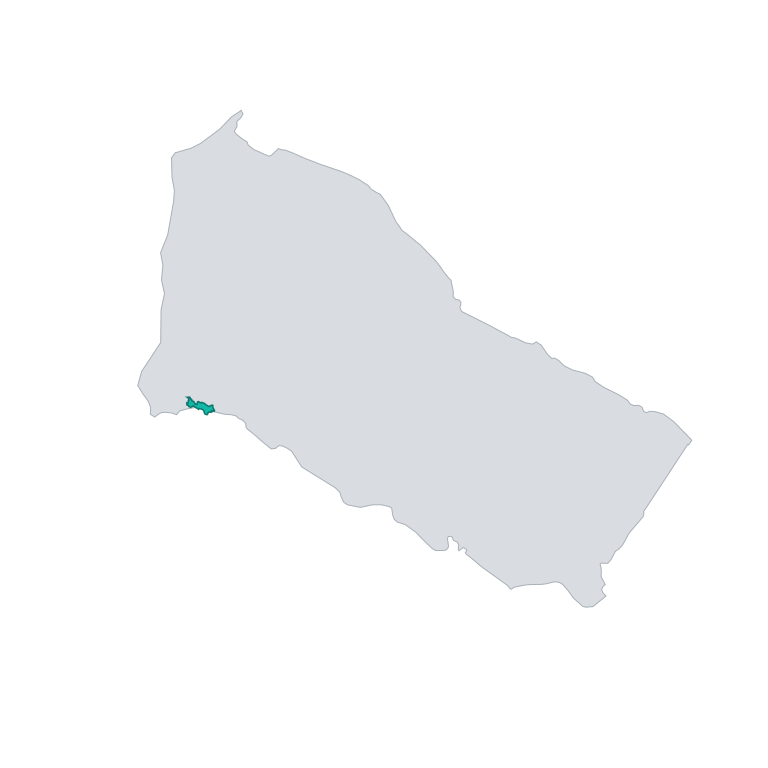 Agotime Ziope, Volta, Ghana shown in context, rotated 124°
{"feature_id": "2480657B11620193732867", "entity_name": "Agotime Ziope", "entity_type": "district", "adm_level": 2, "iso_a3": "GHA", "parent_name": "Ghana", "parent_adm1": "Volta", "projection": "equal_earth", "projection_center": [0.664, 6.472], "detail": "fine", "context": "in_parent", "style": "filled", "palette": "teal", "viewbox_px": 768, "rotation_deg": 124, "n_neighbors": 0, "source": "geoboundaries", "source_scale": "gbopen_adm2", "svg_char_len": 5977}
<svg xmlns="http://www.w3.org/2000/svg" viewBox="0 0 768 768"><g transform="rotate(124 384 384)"><path d="M451.7,86.3L456.2,91.9L457.2,95.2L455.5,107.4L452.3,115.9L450.2,123.9L450.5,127.9L452.5,131.9L459.3,138.2L462.7,142.2L466.9,148.4L471.6,154.5L479.7,162.4L483.1,163.8L483.0,166.0L481.9,169.0L481.1,198.4L480.5,205.9L479.9,209.8L479.1,220.7L478.3,222.3L476.7,222.2L475.3,222.6L475.0,224.8L475.5,227.0L480.4,228.6L479.4,230.3L475.7,231.8L474.0,235.1L474.8,238.8L472.8,241.9L473.3,243.9L474.6,245.4L476.7,244.9L482.4,239.8L484.8,239.2L487.8,240.3L493.2,248.0L493.5,251.8L491.2,264.7L489.1,274.7L488.7,288.0L491.0,295.5L490.6,299.6L488.1,303.2L482.5,308.3L482.9,311.8L485.5,318.4L490.3,325.7L499.6,334.7L504.5,346.5L504.6,351.3L501.7,356.1L498.4,360.2L497.3,366.3L498.8,405.7L491.4,422.9L491.3,427.8L492.1,433.4L494.0,436.9L497.8,437.8L500.9,441.1L499.8,453.2L498.2,465.5L497.9,471.4L497.0,474.2L494.1,476.5L493.0,480.4L493.8,485.2L493.2,488.7L494.8,493.3L498.1,499.0L503.5,513.2L505.6,514.3L506.5,517.3L506.0,520.2L508.1,526.4L514.1,532.7L520.4,538.2L525.5,538.9L526.7,543.8L530.1,550.1L532.5,552.8L536.4,554.6L539.6,555.5L539.7,560.8L534.0,564.4L530.1,569.8L527.1,578.1L523.0,587.3L508.9,592.0L503.5,592.0L474.5,592.3L447.3,610.2L431.7,616.6L422.1,626.7L409.1,633.8L400.1,642.6L381.3,646.7L350.5,660.4L340.9,665.9L331.1,675.4L315.3,686.6L309.1,686.4L296.7,676.0L287.3,670.7L264.6,662.7L247.5,659.7L239.3,656.2L237.0,655.6L239.0,651.9L243.7,651.6L248.7,652.8L252.5,649.9L258.1,649.5L259.5,646.6L260.0,639.0L259.9,632.9L261.9,630.2L262.4,623.0L259.7,607.2L257.8,605.4L247.8,603.1L247.1,599.9L245.3,596.6L243.4,588.4L241.3,576.3L237.9,561.2L231.2,536.3L229.6,527.5L228.5,518.6L228.3,507.9L229.7,503.9L229.5,498.3L228.9,492.9L233.6,480.2L242.9,464.7L244.8,459.1L246.6,455.2L246.8,449.7L248.5,431.6L253.0,409.8L255.8,401.6L257.7,397.1L259.9,389.9L260.5,386.5L269.0,377.9L272.9,375.6L273.8,372.3L272.5,368.6L273.1,366.1L275.1,364.8L278.2,363.8L280.5,360.3L277.0,333.5L274.2,306.7L274.1,304.4L272.4,300.7L270.7,289.7L267.9,283.2L263.9,281.3L263.9,275.3L268.0,265.0L269.0,258.9L267.1,257.1L266.8,252.4L268.2,244.9L267.6,240.2L266.9,235.2L262.7,223.5L261.7,215.2L263.9,210.4L263.9,199.8L261.7,183.5L261.3,173.1L262.9,168.8L262.2,164.8L259.2,160.9L259.0,157.1L261.5,153.4L261.2,150.6L258.0,148.5L255.2,143.4L252.6,135.5L253.2,122.7L258.1,99.2L258.7,97.3L264.2,97.4L264.2,98.4L281.2,98.2L300.5,97.9L323.7,97.6L344.7,97.4L345.7,96.3L349.1,95.0L370.4,97.4L383.7,96.2L389.3,97.0L393.4,98.6L402.6,97.6L407.5,98.2L411.2,104.0L412.7,104.0L414.8,101.5L418.4,98.7L422.2,96.4L424.8,91.8L426.5,88.4L428.9,89.1L432.4,88.9L434.7,85.9L435.6,81.4L451.7,86.3Z" fill="#d9dde1" stroke="#a8b0b8" stroke-width="1"/><path d="M508.9,526.8L508.6,525.9L508.7,523.5L507.7,523.4L507.1,522.0L507.0,521.7L506.9,521.3L506.8,520.8L506.7,519.3L506.8,518.6L508.4,516.7L508.7,516.3L508.9,516.0L508.9,515.4L508.9,515.0L508.8,514.6L508.4,513.5L507.7,513.4L507.1,513.4L506.3,513.9L505.3,513.6L504.9,513.2L504.7,512.8L504.8,512.7L504.7,512.4L504.4,512.1L504.2,511.8L503.9,511.5L503.7,511.4L503.6,511.2L503.4,511.4L503.4,511.6L503.3,511.8L503.2,511.7L503.2,511.8L503.1,512.0L502.7,511.9L502.7,511.7L502.4,511.7L502.4,511.4L502.2,511.4L502.1,511.2L502.2,510.9L502.1,510.7L501.9,510.6L501.9,510.4L501.9,510.2L501.7,510.1L501.7,509.9L501.6,509.7L501.5,509.4L501.4,509.4L501.3,509.5L501.2,509.6L500.9,509.6L500.7,509.7L500.6,509.8L500.5,510.0L500.4,510.2L500.4,510.3L500.4,510.5L500.3,510.8L500.2,510.9L500.1,511.0L500.0,511.3L499.9,511.4L499.8,511.6L499.7,511.7L499.6,511.8L499.5,512.0L499.4,512.4L499.3,512.5L499.2,512.7L499.1,512.8L498.9,513.0L498.6,513.3L498.4,513.4L498.2,513.4L498.1,513.5L497.9,513.6L497.7,513.7L497.6,513.9L497.6,514.0L497.4,514.1L497.4,514.3L497.5,514.5L497.7,514.8L498.0,515.0L498.8,515.5L499.3,515.9L499.5,515.9L499.6,516.0L500.4,516.7L500.5,516.6L500.6,516.8L500.6,517.1L500.7,517.5L500.7,517.8L500.7,518.2L500.8,518.3L500.7,518.6L500.7,519.1L500.7,519.4L500.8,519.6L500.8,519.8L500.8,520.0L500.6,520.5L500.7,521.1L500.6,521.8L500.6,522.1L500.5,522.4L500.6,522.5L500.6,522.9L500.7,523.2L500.9,523.5L501.0,523.6L501.0,523.8L501.1,524.4L501.2,524.7L501.2,524.9L501.3,524.9L501.5,525.1L501.8,525.2L502.0,525.2L502.0,525.4L502.1,525.5L502.2,525.8L502.2,526.0L502.3,526.1L502.3,526.3L502.3,526.6L502.2,527.6L502.3,527.7L502.3,527.8L502.5,527.8L502.6,528.0L502.8,528.0L502.9,528.4L502.9,528.5L503.0,528.6L503.3,528.4L503.6,528.4L503.9,528.2L504.1,528.2L504.6,527.9L504.9,527.7L505.0,527.6L505.4,527.6L505.5,527.7L505.6,527.8L505.8,528.0L506.0,528.3L506.0,528.9L506.1,529.0L506.2,529.3L505.8,529.4L505.7,530.6L505.8,530.9L505.6,531.1L505.3,531.3L504.9,531.7L505.0,532.0L505.0,532.3L505.0,532.5L505.0,532.8L505.1,533.0L505.2,533.3L505.3,533.5L505.3,533.8L505.4,534.1L505.2,534.3L504.8,534.4L504.4,534.7L504.4,534.9L504.4,535.0L504.4,535.4L504.4,535.5L504.4,535.8L504.3,536.0L504.3,536.3L504.1,536.4L504.1,536.5L504.0,536.8L503.9,536.9L503.9,537.0L503.8,537.3L503.7,537.4L503.6,537.5L503.6,537.8L503.6,538.0L503.8,538.3L504.0,538.3L504.1,538.5L504.3,538.6L504.4,538.8L504.6,538.9L504.7,539.1L504.7,539.3L504.9,539.4L505.1,539.7L505.1,539.4L505.0,539.2L505.1,538.9L505.2,538.6L505.1,538.4L505.2,538.2L505.3,537.7L505.5,537.7L505.8,537.5L505.9,537.4L506.0,537.4L506.2,537.2L506.3,537.1L506.5,536.9L506.8,536.9L506.9,537.0L507.2,537.0L507.3,536.9L507.4,536.6L507.8,536.4L508.1,536.4L508.8,536.0L509.2,536.0L509.4,535.8L509.5,536.0L509.7,536.4L509.8,536.7L509.9,537.0L510.1,536.8L510.1,536.6L510.1,536.4L510.3,536.2L510.5,536.0L510.9,536.1L511.0,536.1L511.3,536.0L511.5,535.9L511.6,535.7L511.5,535.4L511.4,535.1L511.4,534.8L511.3,534.1L511.3,533.8L511.4,533.6L511.6,533.4L511.8,533.2L511.7,532.9L511.6,532.6L511.5,532.4L511.5,532.2L511.7,531.6L511.4,531.5L511.1,531.3L510.9,530.9L510.7,530.8L510.1,530.5L509.8,530.4L509.6,530.2L509.3,529.9L509.2,529.9L508.9,530.0L508.7,529.2L508.7,528.8L508.7,528.3L508.8,527.9L508.8,527.4L508.9,527.1L508.9,526.8Z" fill="#14b8a6" stroke="#0f766e" stroke-width="1.5"/></g></svg>